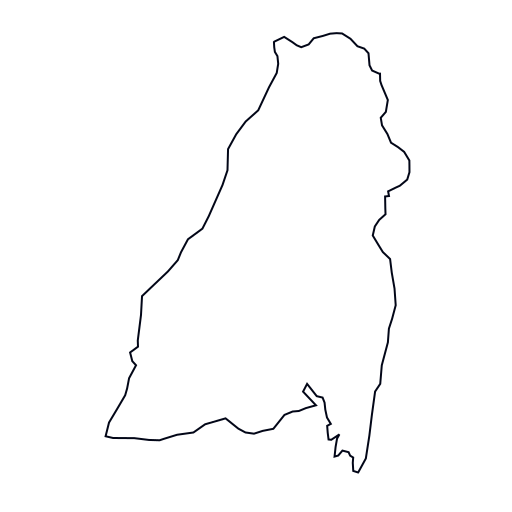 the district of Kouklia Pafou, Paphos, Cyprus, rotated 88°
{"feature_id": "46923920B78543602896298", "entity_name": "Kouklia Pafou", "entity_type": "district", "adm_level": 2, "iso_a3": "CYP", "parent_name": "Cyprus", "parent_adm1": "Paphos", "projection": "robinson", "projection_center": [32.607, 34.692], "detail": "fine", "context": "isolated", "style": "outline", "palette": "ink", "viewbox_px": 512, "rotation_deg": 88, "n_neighbors": 0, "source": "geoboundaries", "source_scale": "gbopen_adm2", "svg_char_len": 1765}
<svg xmlns="http://www.w3.org/2000/svg" viewBox="0 0 512 512"><g transform="rotate(88 256 256)"><path d="M42.4,230.2L42.8,230.6L48.0,230.5L52.7,230.0L57.0,227.6L64.7,227.1L73.8,228.9L87.8,237.1L110.5,248.7L121.2,261.6L133.6,271.5L148.2,280.2L169.3,281.5L183.9,287.0L214.5,301.8L226.8,308.6L236.9,323.4L249.6,330.8L257.4,334.3L268.4,344.6L292.1,371.3L311.0,373.0L336.3,377.1L342.5,377.1L348.0,385.2L356.8,383.3L361.0,379.7L373.7,387.1L383.8,389.4L390.6,391.6L404.3,400.3L417.3,408.7L430.9,412.6L432.9,405.2L433.8,383.9L436.1,369.4L436.8,358.8L435.5,354.4L431.9,341.1L430.2,324.7L422.4,312.7L417.2,292.1L427.9,279.7L432.0,272.7L433.5,264.2L431.0,255.4L429.3,244.7L415.8,233.1L412.7,224.8L412.4,218.6L409.7,211.3L407.3,201.3L393.2,213.7L385.6,209.4L398.2,200.2L399.8,194.4L404.9,192.6L412.0,192.1L419.9,190.7L426.4,187.1L428.2,190.8L435.1,190.5L441.9,189.9L442.3,187.2L437.2,178.9L441.4,181.4L449.5,183.1L459.2,184.5L458.3,180.8L453.5,176.4L455.3,170.3L458.8,168.9L460.8,165.9L466.1,166.5L474.2,166.3L475.9,161.5L475.5,161.2L462.2,153.3L439.6,149.0L418.7,145.7L395.6,141.7L389.2,137.1L388.1,136.3L369.6,134.1L346.9,127.2L333.2,125.7L323.6,122.2L310.1,118.1L293.4,118.7L277.4,120.9L263.7,122.1L256.5,129.1L249.3,133.2L239.6,138.6L230.6,136.2L224.2,131.6L218.8,125.1L213.0,125.1L201.0,124.9L200.7,121.0L196.0,121.7L192.5,113.9L190.8,109.8L184.9,102.2L177.6,99.7L170.8,99.5L165.9,99.4L157.1,104.3L152.2,110.2L147.5,117.1L138.7,120.4L129.8,125.5L122.2,126.5L116.5,121.2L104.7,118.8L89.5,124.6L85.4,125.8L78.1,125.7L78.1,126.5L74.7,133.5L69.4,135.9L57.3,136.5L52.5,140.6L49.9,147.3L42.2,154.0L36.6,162.2L36.1,167.7L36.4,174.2L38.4,181.5L40.4,190.7L46.4,196.0L48.9,203.5L46.8,208.0L43.6,212.1L38.0,220.2L42.4,230.2Z" fill="none" stroke="#020617" stroke-width="2"/></g></svg>